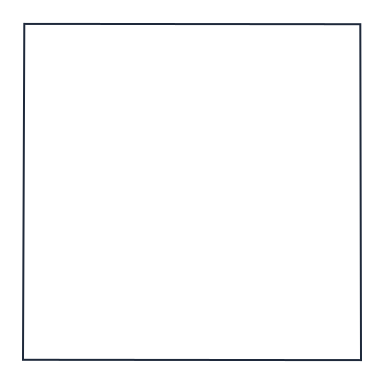 outline of Clay, Iowa, United States of America
{"feature_id": "52423323B36329758644763", "entity_name": "Clay", "entity_type": "district", "adm_level": 2, "iso_a3": "USA", "parent_name": "United States of America", "parent_adm1": "Iowa", "projection": "albers", "projection_center": [-95.104, 43.082], "detail": "fine", "context": "isolated", "style": "outline", "palette": "slate", "viewbox_px": 384, "rotation_deg": 0, "n_neighbors": 0, "source": "geoboundaries", "source_scale": "gbopen_adm2", "svg_char_len": 182}
<svg xmlns="http://www.w3.org/2000/svg" viewBox="0 0 384 384"><path d="M360.3,24.2L24.3,23.9L23.0,359.8L361.0,360.1L360.3,24.2Z" fill="none" stroke="#1e293b" stroke-width="2"/></svg>